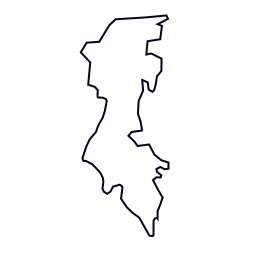 Chartak, Namangan, Uzbekistan, rotated 176°
{"feature_id": "79887680B43665894395177", "entity_name": "Chartak", "entity_type": "district", "adm_level": 2, "iso_a3": "UZB", "parent_name": "Uzbekistan", "parent_adm1": "Namangan", "projection": "albers", "projection_center": [71.805, 41.256], "detail": "fine", "context": "isolated", "style": "outline", "palette": "ink", "viewbox_px": 256, "rotation_deg": 176, "n_neighbors": 0, "source": "geoboundaries", "source_scale": "gbopen_adm2", "svg_char_len": 1208}
<svg xmlns="http://www.w3.org/2000/svg" viewBox="0 0 256 256"><g transform="rotate(176 128 128)"><path d="M81.8,237.6L101.6,237.1L132.8,237.3L139.3,232.0L150.7,216.0L163.3,216.0L169.8,206.8L161.1,196.0L164.7,173.9L158.3,171.4L155.5,167.9L156.2,161.9L155.7,160.5L151.0,160.0L147.9,158.3L147.3,156.6L150.0,146.3L152.7,139.7L157.3,132.9L160.3,126.2L166.9,119.5L170.8,112.6L175.5,101.2L175.1,99.1L174.6,98.2L172.4,98.1L166.1,94.3L158.9,85.6L156.6,80.1L156.3,76.1L157.7,69.2L156.5,66.1L153.4,63.8L149.9,65.8L147.1,70.5L140.3,72.0L138.2,70.5L137.7,68.9L139.9,57.9L134.7,49.1L129.6,43.3L123.0,37.7L114.2,19.2L111.1,18.4L110.0,19.4L109.0,33.6L107.6,35.8L105.0,36.3L104.8,35.9L104.3,42.9L101.0,49.8L98.3,56.3L102.1,63.8L106.7,74.3L103.2,76.8L98.9,76.4L98.1,78.5L102.2,82.3L102.5,85.1L98.5,86.9L94.4,84.3L90.5,84.6L90.0,90.7L96.9,93.5L103.5,99.6L108.1,110.1L119.7,109.4L122.6,114.1L128.1,120.2L124.6,123.8L114.1,124.5L115.0,133.5L117.1,141.5L115.5,154.2L110.3,164.3L110.5,174.9L105.2,172.2L104.7,164.9L101.1,162.4L99.3,163.9L97.2,169.8L95.5,177.5L90.7,182.6L89.7,194.8L99.6,200.7L104.6,200.0L102.4,213.2L89.7,214.3L87.0,227.5L91.2,229.5L80.5,234.1L81.8,237.6Z" fill="none" stroke="#020617" stroke-width="2"/></g></svg>